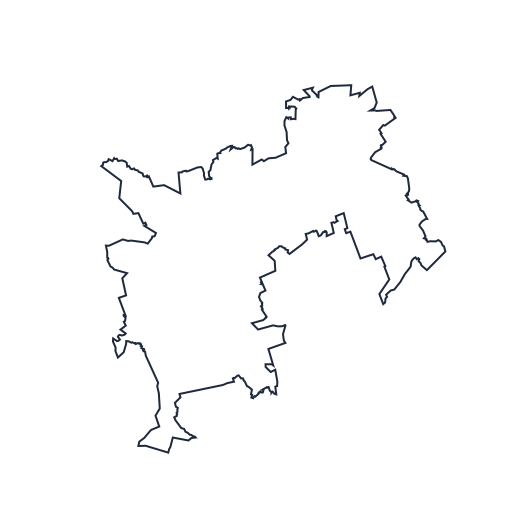 Jilotepec, México, Mexico (Robinson projection), rotated 67°
{"feature_id": "50627088B22130838993983", "entity_name": "Jilotepec", "entity_type": "district", "adm_level": 2, "iso_a3": "MEX", "parent_name": "Mexico", "parent_adm1": "México", "projection": "robinson", "projection_center": [-99.622, 20.017], "detail": "fine", "context": "isolated", "style": "outline", "palette": "slate", "viewbox_px": 512, "rotation_deg": 67, "n_neighbors": 0, "source": "geoboundaries", "source_scale": "gbopen_adm2", "svg_char_len": 6090}
<svg xmlns="http://www.w3.org/2000/svg" viewBox="0 0 512 512"><g transform="rotate(67 256 256)"><path d="M150.5,219.8L151.7,224.2L151.4,228.8L150.2,229.8L150.3,230.9L149.3,231.5L148.9,232.8L147.5,233.1L146.9,234.0L148.0,237.7L145.2,235.1L144.7,236.6L144.9,240.6L145.4,241.7L145.4,246.7L146.7,248.7L147.3,248.7L146.6,250.6L146.7,251.7L151.4,253.2L150.3,254.0L150.9,258.2L152.8,258.5L154.4,261.2L159.1,264.4L160.1,266.7L164.1,267.9L166.9,267.2L166.9,266.6L167.7,266.8L167.5,268.3L166.1,269.8L166.3,271.4L165.8,272.9L161.5,272.5L159.5,271.5L154.7,270.9L152.7,271.7L151.6,275.3L151.4,284.6L151.0,287.0L150.2,287.1L149.9,287.9L149.5,290.9L150.0,291.6L148.9,294.7L168.9,301.2L154.9,312.9L152.0,323.4L141.1,323.5L141.5,324.2L141.0,325.2L140.4,324.6L139.4,324.7L139.6,326.4L139.0,328.1L137.8,328.5L135.8,328.1L132.6,331.1L131.0,331.4L129.5,333.6L127.7,334.1L127.8,336.1L126.8,337.2L123.5,337.8L123.4,339.6L119.6,338.6L117.3,339.9L117.0,340.7L115.7,341.8L114.7,345.8L112.1,346.1L111.6,347.9L110.5,348.3L112.6,351.0L109.3,353.8L110.8,355.2L111.0,357.4L110.2,359.2L110.4,360.2L112.3,361.3L112.8,363.3L134.3,350.8L149.4,359.3L166.4,352.5L169.3,352.4L170.6,347.5L182.2,347.1L182.1,344.8L184.6,344.8L184.7,347.0L195.7,339.1L197.8,341.1L198.2,341.9L197.5,343.9L198.8,344.7L202.3,350.8L199.9,353.3L193.0,364.9L192.2,367.8L188.7,372.1L189.1,387.3L187.8,390.1L194.2,391.4L199.5,393.6L200.0,393.0L200.9,393.0L201.7,394.4L208.9,394.0L210.6,392.6L213.1,391.8L221.4,381.4L224.3,387.8L241.5,391.0L240.9,398.6L259.8,399.4L258.7,400.9L259.3,401.2L261.9,400.2L264.6,401.9L264.9,403.4L269.2,403.1L270.8,409.5L276.4,406.2L277.1,407.7L276.8,410.5L275.4,412.2L275.4,413.5L276.4,414.7L279.7,413.9L280.3,415.8L279.9,417.3L276.1,419.7L278.8,421.1L285.4,421.0L288.6,422.5L295.5,422.8L292.9,415.4L286.2,409.9L283.6,408.7L284.8,406.5L287.1,404.7L287.1,403.5L288.6,402.3L288.8,401.4L289.6,401.3L289.4,400.8L290.0,400.7L290.1,398.7L290.9,397.2L291.3,397.6L292.4,396.3L293.8,397.3L294.6,396.2L296.0,397.5L297.1,396.4L297.7,396.6L297.9,395.5L298.6,395.5L298.7,396.7L299.6,396.8L300.9,395.5L304.7,396.4L334.5,395.6L337.2,397.8L344.5,399.1L358.8,404.2L363.7,410.9L375.2,411.7L375.1,420.0L375.5,421.5L379.8,429.9L381.3,436.0L384.9,438.5L387.6,431.7L402.7,413.6L399.8,411.4L398.4,409.5L390.6,403.5L399.4,390.3L398.3,386.4L399.5,382.5L398.1,383.0L397.8,384.1L395.5,385.4L394.5,386.9L392.2,387.8L390.2,389.6L387.1,389.7L385.2,392.0L375.8,394.3L372.5,394.3L372.3,391.5L371.3,391.1L371.1,390.5L369.2,390.3L368.8,389.2L366.5,388.4L365.8,387.6L365.1,387.3L363.5,388.6L359.5,388.0L356.6,380.8L353.1,380.3L361.8,336.9L361.8,332.0L363.1,325.4L359.6,325.1L359.5,324.2L360.0,324.0L360.0,323.1L358.9,320.0L359.1,318.6L362.8,317.6L363.7,315.7L366.0,316.0L367.3,315.3L372.1,315.2L374.1,313.6L377.5,312.0L381.4,314.7L382.4,313.8L384.5,315.6L385.8,314.2L384.4,312.2L385.2,311.6L383.8,307.4L383.3,307.5L382.4,305.8L382.9,305.4L382.6,304.8L383.7,304.4L384.3,303.1L382.5,301.6L381.6,302.5L381.0,297.3L381.6,297.2L381.5,295.6L385.3,295.9L387.1,295.2L387.1,294.7L387.9,295.1L387.5,294.4L387.8,293.5L389.9,293.0L391.3,291.4L383.8,289.3L384.0,287.4L380.2,285.5L368.2,282.7L368.5,287.8L362.0,290.5L359.4,289.5L361.8,283.9L363.5,282.9L346.4,280.9L347.5,262.9L344.8,263.4L338.5,261.7L331.4,256.0L330.9,256.2L330.9,259.3L329.5,263.0L326.5,267.5L324.5,282.8L316.3,286.0L317.8,274.4L316.7,270.8L316.3,271.0L315.9,270.0L307.9,271.5L307.4,271.5L307.4,270.6L306.1,270.5L305.0,270.4L305.1,270.8L304.2,271.1L303.8,269.5L302.1,269.2L301.7,268.5L298.4,269.4L294.8,269.2L291.8,266.4L291.5,260.8L284.8,260.8L284.4,261.4L284.4,260.8L282.9,260.8L282.7,261.8L282.2,261.8L282.3,260.8L277.4,260.8L277.2,244.0L267.7,240.7L260.2,244.2L258.5,239.4L258.3,237.3L258.0,236.5L257.4,236.5L257.0,232.4L256.1,230.8L257.1,228.6L258.2,228.3L260.4,226.1L261.4,226.5L263.2,224.2L265.1,225.5L267.2,224.3L263.3,208.9L260.9,202.6L255.1,201.6L255.7,199.0L255.3,193.6L256.1,193.5L256.3,192.7L256.0,190.8L257.1,190.3L262.3,190.5L262.3,188.2L260.2,184.8L260.7,183.3L260.0,182.9L260.5,181.9L261.9,181.7L265.3,183.2L265.2,175.4L254.9,173.6L255.2,171.4L256.1,170.8L255.7,167.2L254.5,167.8L250.6,167.1L250.8,158.5L266.0,161.0L266.0,163.8L270.2,164.1L270.5,159.6L299.1,160.8L300.2,147.3L305.7,147.0L305.5,141.0L315.9,140.9L316.0,142.0L329.7,142.5L339.2,157.3L350.0,157.7L349.2,155.3L345.8,153.4L344.8,151.3L342.5,151.4L340.4,145.5L340.9,141.8L336.4,133.4L330.9,126.2L326.3,117.9L321.9,115.2L320.6,113.5L319.7,111.2L319.6,109.7L321.8,109.2L321.5,107.4L322.7,106.9L324.2,108.3L326.9,107.3L329.3,107.4L335.8,104.2L325.8,79.9L320.7,79.2L319.2,80.1L315.3,80.2L312.6,81.9L312.8,84.8L310.5,89.9L309.9,92.7L306.9,92.5L307.1,93.4L305.8,93.5L305.3,94.4L304.1,92.3L298.0,92.3L292.2,93.7L291.0,93.2L289.0,89.6L288.2,85.0L288.7,84.0L280.4,84.7L279.7,85.6L277.7,86.6L276.1,86.2L272.9,86.6L273.0,85.8L272.1,86.3L271.0,85.8L269.5,86.5L268.7,85.3L267.5,86.6L268.0,87.9L267.6,92.0L264.0,94.4L263.8,93.5L259.0,94.5L259.1,92.1L257.9,91.7L258.3,93.9L256.3,90.0L253.9,88.6L244.1,85.9L241.5,85.9L239.7,89.0L238.9,87.9L233.0,93.6L229.8,95.1L229.9,96.1L228.5,96.9L229.0,97.4L212.7,112.4L211.5,112.6L210.2,111.4L207.0,105.8L206.2,98.7L205.2,98.9L204.9,97.9L203.3,98.1L202.8,97.6L203.1,96.3L201.5,92.0L192.2,93.6L192.0,92.5L187.9,93.3L185.2,87.7L186.3,86.5L183.4,73.5L182.5,73.6L182.2,74.5L180.8,73.9L174.1,75.2L169.6,88.3L168.4,89.7L166.8,93.9L166.1,89.1L161.9,84.9L145.5,82.8L146.0,88.0L149.1,98.4L146.3,96.7L145.0,106.3L136.0,101.6L128.7,120.8L129.5,134.3L134.3,136.5L133.5,137.2L131.0,137.4L125.6,139.7L124.7,139.5L123.3,137.9L121.9,147.2L129.8,144.3L130.6,144.5L128.9,151.1L130.0,154.7L128.6,154.5L128.6,156.0L123.9,159.8L125.8,163.2L125.5,168.0L131.6,170.5L132.3,168.4L132.9,168.3L131.5,167.3L132.5,166.8L131.7,166.2L133.3,162.8L133.7,162.1L136.1,161.3L136.5,162.1L145.4,166.2L144.4,167.8L143.7,170.5L142.0,169.8L141.0,172.6L141.8,172.8L140.1,173.9L142.9,177.0L146.9,178.8L153.9,179.4L161.5,182.2L164.9,182.1L167.2,186.5L173.1,188.1L173.2,199.6L171.0,206.2L171.8,211.7L169.4,213.0L170.5,223.6L156.5,217.5L156.4,219.0L154.3,217.2L152.0,217.3L152.1,218.1L150.5,219.8Z" fill="none" stroke="#1e293b" stroke-width="2"/></g></svg>